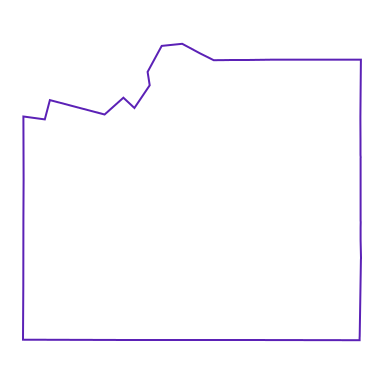 Johnson, Kansas, United States of America (Robinson projection)
{"feature_id": "52423323B40551839125356", "entity_name": "Johnson", "entity_type": "district", "adm_level": 2, "iso_a3": "USA", "parent_name": "United States of America", "parent_adm1": "Kansas", "projection": "robinson", "projection_center": [-94.748, 38.9], "detail": "fine", "context": "isolated", "style": "outline", "palette": "violet", "viewbox_px": 384, "rotation_deg": 0, "n_neighbors": 0, "source": "geoboundaries", "source_scale": "gbopen_adm2", "svg_char_len": 809}
<svg xmlns="http://www.w3.org/2000/svg" viewBox="0 0 384 384"><path d="M23.4,116.5L23.6,179.6L23.4,219.6L23.3,286.3L23.0,339.7L127.4,340.0L134.3,340.0L162.2,340.0L218.2,340.0L246.0,340.0L359.6,340.2L359.6,337.8L359.7,336.2L360.7,273.3L360.9,259.9L361.0,258.2L360.6,240.1L360.6,233.0L360.6,227.3L360.7,222.2L360.7,221.7L360.6,221.0L360.6,220.0L360.6,206.6L360.6,202.2L360.6,200.0L360.6,193.0L360.6,159.5L360.6,158.0L360.6,157.9L360.7,157.5L360.5,155.1L360.5,153.2L360.5,139.7L360.4,119.6L360.4,116.8L360.6,92.9L360.9,59.7L324.4,59.7L315.6,59.7L301.5,59.7L287.4,59.7L270.0,59.7L247.2,60.0L245.5,60.0L231.4,60.0L224.3,60.1L213.7,60.2L199.9,53.3L182.2,43.8L161.7,45.9L147.6,71.9L149.7,85.3L134.4,108.0L123.4,97.7L104.6,114.5L49.9,100.1L44.8,119.4L23.4,116.5Z" fill="none" stroke="#5b21b6" stroke-width="2"/></svg>